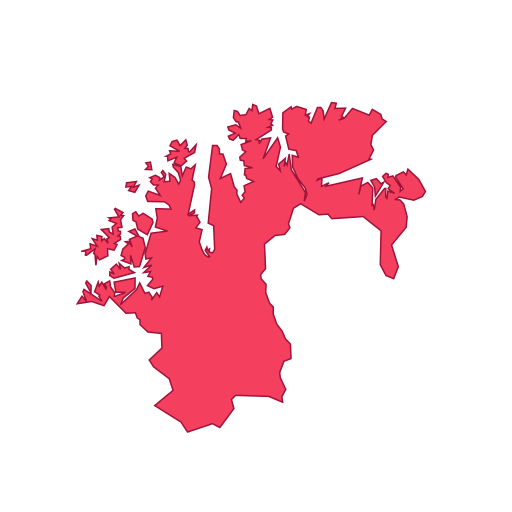 an SVG outline of Finnmark, rotated 331°
{"feature_id": "NOR-1062", "entity_name": "Finnmark", "entity_type": "County", "adm_level": 1, "iso_a3": "NOR", "parent_name": "Norway", "parent_adm1": "", "projection": "orthographic", "projection_center": [25.614, 69.86], "detail": "fine", "context": "isolated", "style": "filled", "palette": "rose", "viewbox_px": 512, "rotation_deg": 331, "n_neighbors": 0, "source": "natural_earth", "source_scale": "10m", "svg_char_len": 6164}
<svg xmlns="http://www.w3.org/2000/svg" viewBox="0 0 512 512"><g transform="rotate(331 256 256)"><path d="M365.4,342.6L360.2,336.0L360.5,323.8L377.6,294.6L368.9,273.5L340.4,260.1L339.3,254.3L331.1,250.5L320.4,231.9L311.9,232.4L300.0,243.6L299.3,247.8L291.5,251.0L282.7,247.3L269.2,249.7L258.2,271.7L251.0,274.6L249.4,278.6L251.1,285.6L246.7,292.8L245.0,303.9L246.4,309.0L242.9,315.3L241.1,325.5L242.4,334.5L241.6,342.7L243.4,349.8L236.9,362.7L229.4,361.6L220.3,369.3L218.2,374.4L217.4,387.1L210.3,391.6L208.4,396.8L199.0,384.9L170.6,368.0L165.0,369.6L162.7,378.7L141.2,388.5L136.6,381.5L110.8,376.8L109.9,364.9L94.9,337.7L118.3,333.3L120.6,321.3L112.7,303.3L112.2,295.2L129.1,290.9L135.7,277.8L124.6,270.1L121.3,259.8L123.6,255.5L122.1,252.5L123.0,247.2L114.5,243.0L108.1,220.3L99.0,225.8L90.2,216.1L76.5,211.1L84.3,206.8L85.7,213.5L87.4,203.2L89.4,201.8L99.3,221.0L99.1,215.0L100.4,214.4L97.5,209.0L105.4,202.2L104.2,206.4L108.4,204.1L108.7,212.2L110.1,210.9L109.9,206.8L115.9,206.8L113.8,212.9L114.7,219.7L112.5,222.5L113.9,223.1L124.3,224.6L115.9,219.7L119.2,210.1L139.6,216.6L134.4,225.8L119.5,228.4L113.7,233.0L135.4,227.4L141.2,223.2L140.7,234.9L144.7,235.6L145.2,241.9L143.1,244.0L151.4,239.9L151.8,245.1L159.8,237.2L151.0,235.2L146.7,229.3L154.3,226.3L155.2,224.5L151.6,221.4L156.2,218.5L149.7,216.1L160.4,213.4L152.4,211.7L163.6,207.0L158.2,205.3L160.1,200.3L175.3,185.2L190.7,191.3L182.0,181.9L188.0,175.1L191.3,166.0L204.4,173.8L204.6,169.0L202.2,164.2L187.7,155.8L188.7,150.0L193.2,147.0L201.6,156.6L200.9,148.0L204.9,146.5L200.8,144.2L199.7,139.8L202.6,138.3L201.0,136.0L207.1,136.6L209.8,140.7L208.3,142.8L214.1,142.2L213.7,137.0L215.9,136.1L216.6,140.8L211.7,146.6L217.0,148.9L220.1,141.7L223.2,147.9L223.3,155.6L226.7,153.3L228.5,145.5L226.8,138.2L227.6,135.6L233.6,141.4L230.3,150.2L238.1,144.4L241.4,148.2L247.1,146.8L236.9,158.6L237.9,161.6L236.6,164.1L216.9,186.6L224.6,185.9L223.0,188.5L216.4,188.1L224.6,191.8L223.3,192.6L223.4,199.3L217.0,202.2L221.6,206.8L213.2,216.2L211.9,223.9L211.7,229.9L213.9,234.1L215.1,234.0L214.3,226.5L217.3,224.4L216.5,227.3L218.8,227.3L216.8,229.5L219.6,232.3L223.1,230.1L233.7,208.9L230.1,204.1L249.9,175.5L252.7,164.1L271.6,138.3L275.6,140.5L275.8,144.8L273.6,149.0L276.5,150.8L274.7,161.2L262.4,170.9L273.7,171.6L270.5,184.9L271.3,189.3L269.2,192.4L268.7,201.7L273.9,199.7L273.3,196.2L277.6,194.5L279.6,188.8L290.1,189.7L285.4,183.6L286.4,180.2L285.2,179.5L288.9,174.2L295.7,177.1L289.6,171.2L291.5,166.8L288.7,164.6L289.7,161.7L297.5,159.9L295.6,156.6L297.0,151.3L307.9,153.0L302.6,150.9L304.4,148.6L299.2,145.5L299.8,141.4L292.1,143.7L289.6,140.9L289.9,137.8L297.5,138.5L293.3,132.7L293.9,129.5L301.8,131.4L304.7,136.8L305.5,130.1L303.7,128.9L303.3,124.0L307.5,118.2L309.9,120.6L310.2,125.4L315.8,127.5L321.5,123.7L322.9,126.9L326.6,121.9L329.1,125.0L327.5,133.0L339.7,133.6L337.8,142.6L333.8,143.1L336.6,145.2L333.1,147.6L333.9,149.7L328.9,149.2L331.7,151.2L330.5,153.2L312.6,154.3L315.1,156.4L313.3,159.4L317.7,156.6L326.0,159.7L309.4,174.4L332.2,163.1L330.2,172.6L317.0,187.5L318.5,193.3L320.4,186.6L329.0,184.8L324.1,191.3L327.2,188.5L327.2,191.5L334.4,183.0L328.7,197.8L330.0,224.5L324.7,231.6L330.7,226.6L332.0,220.2L330.2,208.4L331.2,195.9L336.5,185.5L340.9,190.1L342.3,183.4L336.5,178.4L340.1,165.4L343.7,165.2L340.2,160.7L341.0,157.5L348.9,143.8L359.0,142.5L358.4,144.8L364.1,144.9L371.0,152.2L367.4,156.8L371.8,157.4L368.5,159.0L370.1,160.4L367.3,163.5L368.4,166.6L381.8,155.9L384.7,157.5L385.1,161.6L381.9,169.3L396.4,158.4L400.3,161.3L396.6,165.2L406.0,170.1L398.4,175.5L400.0,177.6L394.1,177.3L400.0,178.3L411.9,173.7L423.3,187.7L428.8,184.1L433.8,192.6L432.7,197.3L435.1,201.5L416.3,206.9L410.5,214.2L410.2,220.3L402.0,225.8L403.5,227.1L368.7,224.2L347.6,218.6L346.3,219.3L351.4,220.0L347.1,226.8L355.3,227.3L351.0,228.9L386.9,239.3L375.7,252.0L381.7,245.7L389.4,245.9L391.1,253.2L382.1,267.9L383.4,267.8L381.7,273.1L388.3,264.6L401.1,259.3L402.3,259.8L398.1,267.1L398.4,269.1L402.9,263.1L407.6,268.4L404.2,261.2L407.7,259.4L405.6,255.2L405.3,247.8L409.8,246.7L411.3,248.7L409.4,251.2L414.5,252.3L415.8,266.2L413.4,269.4L417.3,268.6L416.4,254.4L417.6,253.5L425.7,253.9L426.7,257.9L431.0,253.7L435.5,267.8L435.5,281.7L430.4,284.6L421.1,283.7L409.7,273.7L405.5,274.3L409.1,276.8L410.4,282.2L407.2,295.0L401.2,303.7L379.9,312.1L375.3,334.3L365.4,342.6ZM126.5,184.0L117.3,183.5L116.7,179.3L111.5,186.5L116.1,176.0L115.2,175.2L118.8,171.7L108.2,173.2L107.2,172.5L109.6,169.0L105.3,167.2L114.9,169.5L116.8,164.9L121.8,170.4L121.2,161.4L124.9,165.2L126.8,160.8L130.6,164.2L128.4,167.9L131.8,167.2L132.8,173.4L133.8,168.7L136.6,168.8L133.5,157.8L140.5,160.7L139.3,163.8L141.8,167.6L144.1,161.0L149.7,159.9L144.6,153.7L147.1,153.0L146.0,151.4L155.1,155.4L154.9,146.5L156.0,146.1L160.7,153.5L157.2,154.9L159.7,156.5L155.2,158.5L152.7,165.9L148.7,164.3L147.7,167.2L149.4,168.7L148.2,171.0L144.9,171.5L146.8,173.0L145.7,175.9L138.2,176.3L140.1,178.6L134.7,182.1L129.7,177.6L126.5,184.0ZM165.8,185.6L163.2,195.0L149.0,208.8L144.2,206.6L146.6,194.5L142.8,202.3L136.4,194.8L139.6,195.0L140.5,193.5L138.2,190.2L142.8,185.4L150.3,183.5L148.7,180.2L151.7,181.5L152.1,188.0L153.4,180.1L161.7,181.0L156.7,172.9L163.2,173.6L163.2,182.5L165.8,185.6ZM248.4,132.8L257.6,129.6L252.5,135.7L240.5,135.7L241.3,139.3L234.2,140.9L229.4,134.9L234.5,131.2L225.1,130.0L227.0,126.0L225.8,125.2L230.9,125.3L231.4,122.0L240.0,127.5L234.2,117.9L238.2,115.2L243.1,116.4L243.1,122.7L250.9,120.4L249.6,125.8L246.0,127.4L248.7,129.0L247.5,131.9L248.4,132.8ZM178.0,163.9L183.1,173.5L182.1,176.8L171.2,184.7L165.6,175.2L167.6,167.9L165.7,165.2L168.5,159.2L172.3,159.0L172.8,164.2L178.0,163.9ZM138.4,206.0L141.6,211.6L121.0,206.6L118.6,202.1L120.5,199.0L123.3,203.1L122.5,197.1L129.9,195.4L131.0,202.2L132.8,196.0L135.1,202.7L139.8,203.9L138.4,206.0ZM400.3,253.3L403.5,253.4L389.4,261.5L393.2,253.1L393.1,245.5L398.8,246.7L400.3,253.3ZM182.1,136.4L188.1,137.3L180.9,141.6L176.3,137.0L180.9,134.9L175.6,132.6L178.3,129.2L187.5,132.9L182.1,136.4ZM95.9,195.8L97.5,201.8L93.8,208.2L93.9,197.2L95.9,195.8ZM209.2,122.7L206.7,130.0L201.3,126.7L205.5,125.5L204.8,121.2L209.2,122.7Z" fill="#f43f5e" stroke="#9f1239" stroke-width="1.5"/></g></svg>